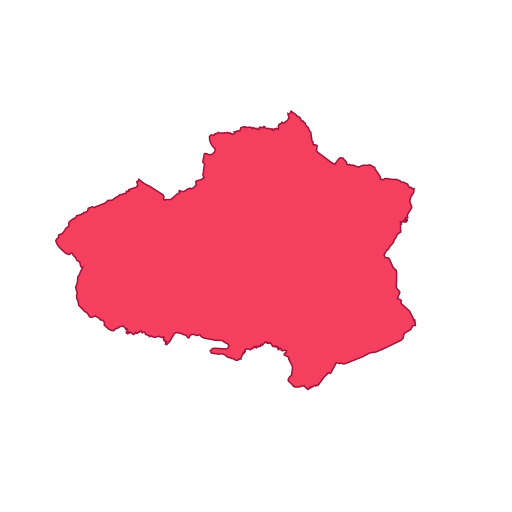 the district of Lampung Utara, Lampung, Indonesia, rotated 38°
{"feature_id": "22746128B16659764843822", "entity_name": "Lampung Utara", "entity_type": "district", "adm_level": 2, "iso_a3": "IDN", "parent_name": "Indonesia", "parent_adm1": "Lampung", "projection": "orthographic", "projection_center": [104.757, -4.808], "detail": "fine", "context": "isolated", "style": "filled", "palette": "rose", "viewbox_px": 512, "rotation_deg": 38, "n_neighbors": 0, "source": "geoboundaries", "source_scale": "gbopen_adm2", "svg_char_len": 6145}
<svg xmlns="http://www.w3.org/2000/svg" viewBox="0 0 512 512"><g transform="rotate(38 256 256)"><path d="M131.8,387.3L133.1,391.7L138.1,395.4L139.0,397.8L141.3,400.1L142.4,400.3L146.8,404.0L154.9,405.2L158.0,404.8L162.4,406.4L164.4,405.4L166.1,402.3L170.4,401.6L172.7,402.2L174.6,401.1L176.8,401.4L178.8,403.2L178.9,403.9L184.3,404.3L187.1,404.0L189.8,402.6L190.5,398.9L191.2,398.4L192.0,396.7L191.8,395.9L194.8,392.9L198.1,393.5L198.6,394.1L199.3,393.6L198.8,393.0L199.3,392.8L200.4,393.3L200.9,394.2L200.5,395.5L201.3,396.5L202.0,396.0L202.9,396.2L202.7,394.2L203.8,394.5L204.2,393.0L206.7,393.5L208.1,393.0L208.3,390.1L209.0,390.5L210.2,390.0L210.3,388.7L211.0,387.7L210.5,386.9L211.8,385.8L212.4,386.4L213.8,386.6L214.0,385.4L215.2,384.5L217.3,385.8L220.9,384.4L221.5,385.3L223.1,383.2L223.9,383.5L226.4,382.3L229.0,378.9L230.2,378.9L232.2,378.0L232.9,376.6L233.9,377.2L234.1,378.4L235.3,378.6L235.4,379.2L237.4,379.5L237.4,378.6L238.1,378.6L238.6,379.6L238.7,381.2L240.2,380.9L240.6,376.0L239.4,367.7L240.1,365.6L244.0,363.4L247.8,362.4L249.7,361.4L252.8,362.5L253.5,361.6L253.1,359.2L253.6,357.4L255.9,355.7L257.9,355.5L260.4,352.5L262.7,353.3L265.5,352.7L276.2,347.2L281.7,343.2L283.9,343.5L287.6,342.7L288.9,342.9L290.0,343.8L290.6,346.0L289.8,347.6L280.9,353.6L278.8,355.5L278.3,358.9L279.1,359.4L280.8,359.9L287.2,356.2L289.0,354.2L291.8,353.1L295.7,353.2L297.6,352.6L298.7,351.7L299.8,351.9L301.2,351.0L304.3,350.6L305.8,349.3L306.2,347.6L306.8,347.3L306.8,346.5L307.3,346.4L306.8,346.0L307.0,345.5L306.1,342.3L306.2,341.6L305.7,341.3L306.1,340.6L305.5,340.0L306.4,339.4L305.9,338.5L306.4,338.1L305.0,336.4L307.1,333.9L309.4,333.4L309.4,332.1L310.5,331.0L310.1,330.1L310.8,329.4L310.4,328.7L311.5,328.8L311.9,328.4L311.6,327.8L312.2,327.8L312.3,327.1L312.9,327.7L313.1,326.5L314.2,325.6L313.9,324.9L315.2,324.3L314.4,322.9L314.9,322.1L315.9,322.3L316.2,318.3L317.6,317.1L318.0,317.2L318.1,317.9L319.6,317.3L320.0,316.9L319.7,316.3L320.4,315.7L321.5,316.0L322.1,315.5L323.2,316.4L325.2,316.9L325.7,315.8L326.7,315.9L326.7,315.2L328.0,315.3L328.4,314.9L328.2,314.5L329.5,314.3L329.6,314.8L330.2,314.9L330.5,315.9L331.2,316.1L331.7,315.7L331.2,314.9L331.9,313.8L332.9,313.8L333.9,314.8L334.3,314.4L335.1,314.5L336.8,312.4L338.2,312.0L339.2,313.4L338.4,315.3L339.3,316.6L343.6,315.7L345.4,316.5L345.3,317.1L353.1,320.8L357.5,328.2L356.9,330.1L357.1,332.9L358.1,334.3L359.2,334.7L362.9,334.9L365.7,335.6L367.4,335.2L370.3,333.0L373.6,328.7L379.1,329.3L379.9,327.1L379.2,326.0L380.5,325.7L380.4,324.5L381.4,324.1L381.1,323.0L382.3,321.4L383.0,321.8L384.0,319.2L384.5,319.5L384.2,309.3L384.8,305.0L384.3,304.4L387.0,302.4L385.0,290.5L387.9,289.5L388.8,288.2L391.2,287.3L392.6,285.9L402.3,269.3L405.3,262.3L409.5,258.0L413.6,250.6L422.4,232.7L422.5,230.2L421.0,227.2L420.7,225.0L423.2,218.9L422.4,214.5L424.4,212.6L421.3,209.4L420.5,209.9L420.5,208.7L419.2,208.8L410.9,204.9L399.0,204.0L398.3,201.9L396.7,201.5L393.6,202.5L391.8,196.1L389.4,195.1L387.6,195.1L385.4,194.0L382.5,189.6L377.6,183.2L375.2,180.9L371.2,180.7L363.3,176.4L361.4,176.0L358.7,177.7L356.3,176.4L355.6,171.7L356.1,168.6L355.6,166.8L356.0,160.7L354.9,158.2L355.0,155.4L353.9,152.1L355.3,148.0L351.3,143.4L350.7,142.0L351.0,141.4L348.8,140.3L350.7,139.0L350.3,138.4L350.7,137.5L352.4,137.7L353.5,136.5L353.4,135.8L350.6,136.1L353.3,135.1L353.3,134.6L352.5,134.1L351.0,135.2L350.4,135.1L350.5,133.5L352.0,132.3L349.9,130.5L349.0,122.1L347.6,120.7L344.5,119.0L343.3,117.8L341.7,114.6L341.1,108.8L339.1,105.6L337.2,106.7L335.6,106.5L334.7,107.4L333.6,107.5L331.3,106.0L326.4,107.1L325.4,108.5L322.8,108.0L321.7,108.8L320.0,108.9L316.1,111.8L310.3,115.1L309.6,116.1L309.6,117.4L306.6,118.9L305.9,117.7L303.7,116.5L296.1,114.1L295.2,113.1L289.4,114.1L287.7,116.2L284.6,118.4L282.0,122.9L276.3,124.7L275.6,125.7L273.2,126.4L273.1,127.2L271.4,127.8L269.0,126.1L265.7,125.8L264.7,125.2L262.1,126.5L261.4,128.2L261.6,135.3L257.2,135.9L240.6,136.3L238.8,135.6L236.1,131.3L233.7,132.1L233.5,132.8L231.5,132.6L230.9,131.1L229.3,130.9L222.9,124.7L220.8,124.4L218.6,122.9L214.6,122.2L212.7,120.9L211.6,121.2L210.2,120.6L209.5,121.2L207.8,121.1L205.4,119.8L202.0,120.5L200.9,120.0L193.8,120.3L195.4,121.1L194.2,124.0L193.5,124.1L194.8,125.4L196.8,126.4L197.3,129.6L196.2,133.9L195.6,134.7L194.0,134.6L194.1,136.7L193.2,137.6L193.4,139.4L195.6,142.5L193.4,142.9L192.8,144.1L192.1,144.5L192.6,145.8L192.2,146.4L191.4,146.6L190.3,145.8L189.7,147.0L188.2,147.2L185.1,149.5L183.3,148.7L182.3,149.2L182.4,150.9L179.8,151.9L179.6,153.3L180.7,154.0L179.7,155.2L178.0,155.0L176.8,156.1L175.2,156.3L174.8,157.9L173.5,157.3L170.4,159.4L170.0,160.3L168.1,160.7L168.1,161.4L166.7,161.7L165.1,164.3L166.3,167.4L163.9,169.3L163.7,170.3L162.4,171.7L163.5,172.3L163.2,174.1L162.1,174.9L161.5,174.5L160.7,175.1L159.3,175.0L159.0,176.1L157.3,176.2L156.1,178.3L155.3,178.3L153.7,180.0L151.4,181.6L150.2,181.8L150.0,182.9L148.3,185.2L148.6,187.1L146.1,188.0L145.7,190.4L148.0,193.1L150.7,194.9L154.5,196.4L157.7,196.6L159.3,199.0L158.9,202.8L158.1,203.9L156.1,205.4L153.9,205.8L152.3,207.1L156.2,214.8L158.1,214.9L159.3,215.9L161.3,220.0L163.0,222.2L163.7,224.2L164.7,225.2L166.9,226.2L165.6,229.9L162.9,233.3L162.9,234.8L164.0,235.6L165.2,237.5L164.5,241.2L163.4,243.3L162.3,243.1L160.7,245.9L159.9,248.7L158.3,250.7L155.4,251.5L155.3,252.2L156.8,253.3L155.7,255.8L154.4,262.8L153.6,264.5L150.5,266.8L149.5,268.3L148.3,268.2L147.0,266.0L145.0,265.0L129.7,266.5L122.7,267.8L116.5,267.7L117.0,268.8L116.3,270.9L119.2,273.0L119.3,275.5L114.9,282.0L116.2,282.7L114.0,284.8L114.6,285.1L114.8,286.8L113.2,288.5L112.6,290.1L111.0,291.2L110.6,294.1L109.2,296.7L108.4,300.4L105.1,303.4L104.6,307.0L99.2,316.2L99.0,317.3L96.7,318.0L94.4,321.7L95.5,324.1L95.2,325.9L93.4,327.8L93.6,329.3L92.6,330.2L92.7,331.1L89.9,334.6L90.3,336.6L88.7,340.3L87.8,344.0L88.4,345.9L90.2,347.6L89.1,351.1L89.6,353.9L89.4,357.8L87.6,361.0L89.0,363.0L88.5,365.8L88.9,367.4L92.0,369.1L96.3,370.4L104.3,371.0L107.9,370.0L108.6,367.3L109.6,367.0L111.6,368.0L114.9,368.4L117.5,369.7L120.9,369.3L124.2,372.1L125.8,372.2L126.6,371.4L127.2,376.0L128.4,379.7L128.3,381.9L131.8,387.3Z" fill="#f43f5e" stroke="#9f1239" stroke-width="1.5"/></g></svg>